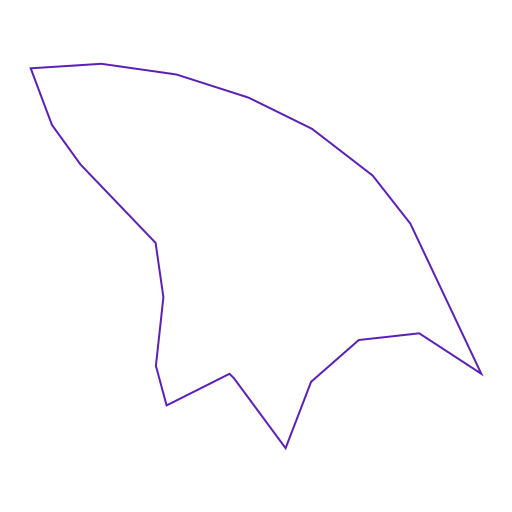 map outline of Kermadec Islands (Equal Earth projection)
{"feature_id": "NZL-5471", "entity_name": "Kermadec Islands", "entity_type": "state/province", "adm_level": 1, "iso_a3": "NZL", "parent_name": "New Zealand", "parent_adm1": "", "projection": "equal_earth", "projection_center": [-177.908, -29.257], "detail": "fine", "context": "isolated", "style": "outline", "palette": "violet", "viewbox_px": 512, "rotation_deg": 0, "n_neighbors": 0, "source": "natural_earth", "source_scale": "10m", "svg_char_len": 372}
<svg xmlns="http://www.w3.org/2000/svg" viewBox="0 0 512 512"><path d="M229.5,373.8L166.6,405.4L155.9,365.8L163.4,297.2L155.6,242.9L80.5,164.5L51.9,124.8L30.7,68.3L101.3,63.8L176.4,74.5L248.7,97.7L312.1,128.9L372.7,175.6L410.4,223.7L481.3,373.8L419.2,333.3L358.8,340.0L311.1,381.8L285.6,448.2L234.0,378.3L229.5,373.8Z" fill="none" stroke="#5b21b6" stroke-width="2"/></svg>